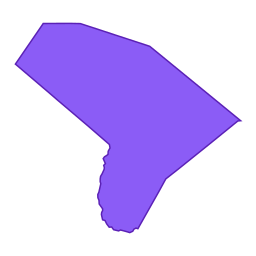 outline of Nova Colinas, Maranhão, Brazil
{"feature_id": "56859067B45184802604131", "entity_name": "Nova Colinas", "entity_type": "district", "adm_level": 2, "iso_a3": "BRA", "parent_name": "Brazil", "parent_adm1": "Maranhão", "projection": "orthographic", "projection_center": [-46.287, -7.173], "detail": "fine", "context": "isolated", "style": "filled", "palette": "violet", "viewbox_px": 256, "rotation_deg": 0, "n_neighbors": 0, "source": "geoboundaries", "source_scale": "gbopen_adm2", "svg_char_len": 804}
<svg xmlns="http://www.w3.org/2000/svg" viewBox="0 0 256 256"><path d="M240.6,120.7L149.7,46.3L80.4,23.6L69.8,23.4L43.2,23.5L42.3,24.9L35.3,35.1L15.4,64.1L51.2,94.6L57.3,99.9L87.0,125.1L109.4,144.5L110.0,148.0L108.2,151.2L108.0,154.4L106.6,155.5L104.5,156.8L103.2,158.6L105.4,163.6L103.7,165.3L104.3,167.4L104.2,169.2L102.1,173.8L100.6,176.3L100.2,178.9L100.2,181.7L100.8,183.7L99.8,188.1L98.9,192.1L97.8,194.5L97.9,197.7L99.0,200.4L99.2,204.0L102.6,208.8L102.6,210.7L101.7,212.3L101.4,214.5L102.6,219.8L105.0,220.5L106.7,223.9L109.2,227.2L111.7,227.0L113.6,229.7L118.6,230.9L120.5,230.0L124.3,231.0L127.5,231.9L129.8,232.6L132.7,231.3L134.0,229.1L136.0,228.1L137.9,228.7L158.5,192.2L165.8,178.9L178.4,169.0L208.5,144.8L237.8,121.0L240.6,120.7Z" fill="#8b5cf6" stroke="#5b21b6" stroke-width="1.5"/></svg>